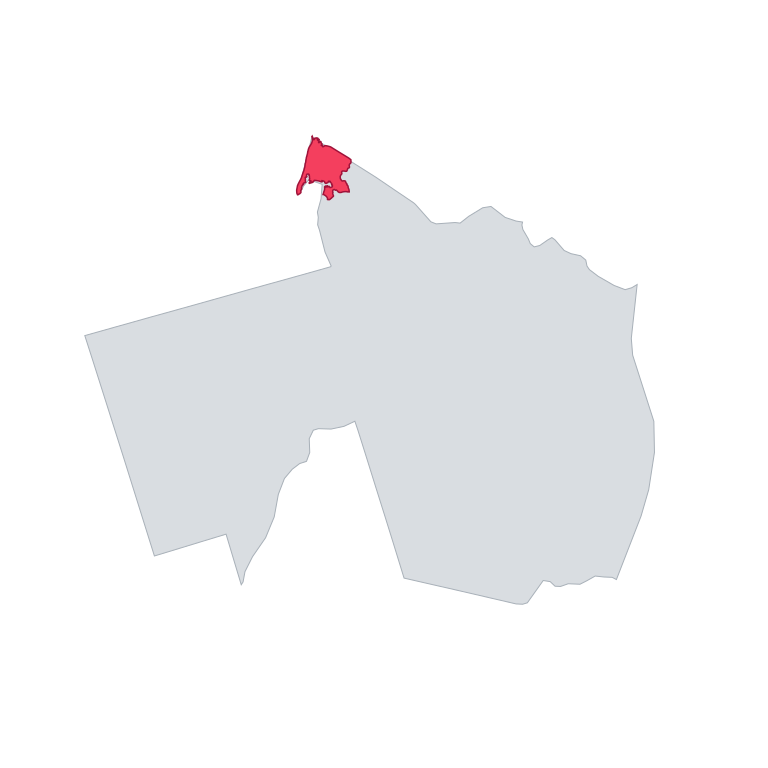 Puerto Barrios, Izabal, Guatemala (highlighted), rotated 252°
{"feature_id": "79465075B20471919033812", "entity_name": "Puerto Barrios", "entity_type": "district", "adm_level": 2, "iso_a3": "GTM", "parent_name": "Guatemala", "parent_adm1": "Izabal", "projection": "orthographic", "projection_center": [-88.506, 15.734], "detail": "fine", "context": "in_parent", "style": "filled", "palette": "rose", "viewbox_px": 768, "rotation_deg": 252, "n_neighbors": 0, "source": "geoboundaries", "source_scale": "gbopen_adm2", "svg_char_len": 7073}
<svg xmlns="http://www.w3.org/2000/svg" viewBox="0 0 768 768"><g transform="rotate(252 384 384)"><path d="M126.2,544.6L129.6,541.3L132.5,533.5L136.1,525.5L134.2,516.1L133.0,508.5L137.1,497.5L136.9,489.3L138.8,484.2L144.7,481.0L147.9,474.7L131.6,452.7L131.7,447.8L134.0,441.7L147.8,418.8L164.3,391.4L182.3,361.3L193.2,343.1L231.8,343.7L257.3,344.0L289.7,344.3L325.0,344.7L348.1,344.9L357.6,344.8L356.1,332.9L357.5,319.7L361.8,307.8L361.9,302.5L355.1,296.0L341.8,292.2L334.4,286.4L334.4,279.2L331.3,270.4L324.9,260.1L311.7,249.4L291.5,238.5L274.4,223.9L260.4,205.6L248.5,193.8L239.3,188.8L237.2,186.2L264.3,186.8L290.0,187.4L290.5,161.5L290.9,138.4L291.4,112.5L337.8,113.0L393.3,113.6L450.8,114.0L496.0,114.3L522.5,114.4L521.2,146.6L519.7,183.9L518.5,211.4L517.0,248.0L515.5,285.4L513.3,336.5L512.0,369.5L512.6,370.2L527.8,368.7L550.3,370.2L555.9,370.1L562.8,373.0L568.1,373.8L579.5,381.3L593.0,386.9L601.6,375.6L597.1,368.7L593.7,365.3L594.2,362.2L641.0,391.6L635.5,396.1L623.5,406.6L602.0,424.5L582.6,440.6L563.9,455.1L547.1,468.2L545.1,469.4L523.8,478.7L520.2,483.0L515.6,501.5L513.5,506.1L517.3,516.4L521.1,532.3L519.8,540.6L505.0,550.7L498.2,559.9L495.2,565.8L492.6,564.3L488.0,563.8L477.4,566.1L472.3,566.5L468.0,569.2L467.6,574.9L470.4,584.2L471.4,588.9L468.4,591.1L455.3,596.6L450.2,602.1L445.2,610.6L439.5,614.2L433.5,613.5L429.3,614.7L420.2,621.0L406.6,633.3L399.2,642.5L399.0,649.4L400.4,655.5L351.0,633.3L334.6,629.4L265.1,629.1L235.4,620.1L201.7,603.1L179.0,587.7L126.2,544.6Z" fill="#d9dde1" stroke="#a8b0b8" stroke-width="1"/><path d="M577.4,410.3L577.7,410.4L578.5,410.5L579.2,410.7L580.0,410.8L581.7,410.6L582.6,410.8L583.1,410.9L583.6,410.9L584.2,410.7L584.8,410.3L585.1,410.3L585.5,410.6L587.3,410.0L587.7,410.0L588.7,410.0L588.8,410.0L588.9,409.9L589.2,409.6L589.5,409.1L589.8,408.2L589.9,407.2L590.1,406.9L590.5,406.6L591.2,406.3L591.9,406.3L592.2,406.0L592.4,406.0L593.1,406.0L594.3,406.3L594.9,406.5L596.0,407.4L596.2,407.8L596.4,408.0L596.5,408.3L597.0,408.9L597.5,409.0L598.2,409.1L598.6,409.2L598.9,409.3L599.0,409.5L599.3,409.8L599.3,410.5L599.1,411.3L598.5,412.6L598.2,413.0L598.0,413.8L597.9,414.2L598.1,414.5L598.5,414.8L599.0,415.4L599.5,415.6L599.9,415.9L600.2,416.1L600.3,416.5L600.3,417.4L600.5,417.8L600.8,418.1L601.4,418.3L602.4,418.4L602.7,418.5L603.0,418.7L603.3,418.8L603.8,419.3L604.3,420.5L604.7,420.9L605.0,421.1L605.3,421.2L606.2,421.4L607.1,421.7L607.6,421.8L609.8,420.3L619.0,412.4L625.9,406.6L626.6,405.7L627.5,404.3L628.0,403.5L628.6,402.3L628.8,401.9L628.9,401.1L628.7,400.8L628.5,400.0L628.5,399.4L628.6,399.1L628.8,399.1L629.1,399.4L629.3,399.4L629.5,399.3L629.7,399.1L630.0,398.2L630.4,398.1L630.6,398.2L630.7,398.4L631.1,399.2L631.3,399.2L631.5,399.2L632.2,398.9L632.5,398.8L633.2,398.8L633.7,398.9L634.1,398.8L634.2,398.7L634.4,398.5L634.4,398.1L634.2,397.7L633.7,397.2L633.6,396.7L633.8,396.5L634.2,396.5L634.4,396.7L634.7,397.2L635.0,397.4L635.3,397.3L635.7,396.7L635.8,396.6L636.1,396.6L636.2,396.8L636.2,397.0L636.1,397.5L636.2,397.8L636.4,397.9L636.6,397.9L636.8,397.7L637.1,397.5L637.2,397.3L637.2,397.1L637.1,396.9L636.6,396.4L636.6,396.2L636.8,396.1L637.2,396.6L637.6,397.0L638.0,397.1L638.3,397.0L638.4,396.9L638.5,396.7L638.4,396.1L638.9,395.8L639.0,395.7L639.0,395.1L639.2,394.3L639.1,394.1L638.7,394.0L638.6,393.9L638.6,393.7L638.0,392.9L638.1,392.7L638.7,392.5L639.5,392.5L641.8,392.3L641.6,392.1L641.6,391.9L641.3,391.8L641.0,392.0L640.7,392.0L637.8,391.2L636.7,390.6L636.5,390.4L635.5,389.7L633.5,387.5L633.0,386.8L632.6,386.3L630.9,384.8L630.5,384.6L630.3,384.4L629.2,383.8L628.4,383.2L627.1,382.6L626.3,382.1L624.9,381.2L624.6,381.1L624.2,380.7L623.3,380.1L622.0,379.5L621.6,379.2L621.1,379.0L620.4,378.6L619.9,378.4L619.5,378.2L618.7,377.8L618.0,377.2L615.6,376.1L614.5,375.5L613.8,375.0L612.0,373.9L610.0,372.3L607.4,370.4L605.7,369.2L604.1,367.7L602.6,366.1L600.5,364.0L599.2,362.9L598.6,362.6L595.5,360.9L594.6,360.6L592.5,360.1L592.0,360.1L591.0,360.2L590.8,360.2L590.5,360.5L590.9,361.7L590.9,362.4L591.6,363.9L591.8,364.1L592.3,364.4L593.5,364.5L593.8,364.6L594.3,365.4L594.8,365.9L595.2,366.1L595.6,366.0L596.2,366.2L596.4,366.3L596.8,366.8L597.3,366.9L597.5,367.1L597.9,367.3L598.1,367.6L598.3,368.3L598.9,369.2L599.2,369.4L599.4,369.4L599.4,369.0L599.5,369.1L599.7,369.4L599.9,369.9L599.9,371.4L600.0,371.6L600.2,371.4L601.1,372.1L601.3,372.1L601.6,372.0L601.8,372.0L602.4,372.2L602.8,372.5L603.0,372.5L604.8,372.9L604.9,373.1L605.0,373.3L604.9,373.6L604.8,373.9L604.7,374.1L604.9,374.6L605.2,374.8L605.9,374.7L606.6,374.8L606.9,375.0L607.1,375.2L607.3,375.4L607.3,375.6L607.2,376.6L606.9,377.2L606.5,377.4L606.2,377.5L605.9,377.2L605.8,377.3L605.3,377.4L604.3,377.2L603.2,376.8L602.8,376.9L602.6,376.9L602.2,376.7L601.9,376.5L601.6,376.4L601.1,375.9L600.6,375.8L600.4,375.9L600.2,376.2L600.2,376.3L600.3,376.6L600.2,376.8L599.8,377.1L599.5,377.3L599.5,377.2L599.7,376.6L599.4,376.3L598.9,375.9L598.5,375.3L598.4,374.9L598.2,374.9L597.9,375.0L597.8,378.1L597.9,378.7L598.1,379.2L598.2,379.4L598.5,379.6L598.9,380.3L599.2,380.6L599.0,381.3L598.3,382.8L597.7,383.9L597.3,384.7L596.5,385.8L596.0,386.3L595.5,387.2L595.4,387.5L595.5,387.7L595.6,387.9L595.9,388.0L596.0,388.0L596.0,387.6L596.0,387.4L596.4,387.5L596.6,387.8L596.3,388.2L595.9,389.0L595.2,389.7L594.7,390.0L594.3,390.0L594.1,389.9L593.3,390.1L593.2,390.2L593.0,390.5L592.7,390.8L592.7,391.2L592.8,391.5L592.9,391.8L592.8,392.5L592.9,392.9L593.5,393.5L593.9,393.8L593.9,394.3L593.2,394.5L593.0,394.8L593.4,394.8L593.5,394.8L593.5,395.1L593.4,395.3L593.1,395.5L592.9,395.5L592.6,395.4L592.4,395.5L592.0,395.6L590.8,396.2L590.3,396.1L589.9,395.8L589.7,395.8L589.5,396.2L589.0,396.4L588.8,396.3L588.6,396.0L588.1,396.0L587.9,396.0L587.7,395.8L587.4,395.3L587.5,395.0L587.4,394.6L587.4,394.2L587.5,393.5L587.6,393.3L588.2,393.2L588.3,393.0L588.4,392.9L588.5,392.9L588.8,392.9L588.8,392.6L588.7,392.5L588.7,392.2L589.1,391.9L589.0,391.5L589.0,391.2L589.5,391.1L590.0,391.4L590.1,391.1L589.6,390.7L589.4,390.5L589.2,389.9L589.2,389.6L589.3,389.5L589.4,389.4L589.8,389.3L589.9,389.5L589.9,390.0L590.2,389.9L590.3,389.8L590.3,389.6L590.1,388.8L589.9,388.5L589.7,388.3L588.9,388.2L588.1,387.9L587.1,387.5L585.5,386.3L585.2,386.0L584.3,385.5L583.8,385.2L583.5,384.9L583.3,384.7L583.1,384.6L583.0,385.0L581.3,386.5L580.9,386.7L580.5,387.0L579.8,387.3L579.6,387.4L578.6,387.6L578.0,387.7L577.2,387.3L576.9,387.3L576.7,387.6L576.5,388.3L576.3,388.5L576.2,389.1L576.4,389.9L576.7,390.4L576.8,390.8L576.9,391.2L577.2,391.8L577.7,392.7L577.7,392.8L578.0,393.6L578.3,394.0L578.6,394.1L580.3,394.0L580.9,394.1L581.2,394.1L581.5,394.2L581.7,394.5L581.8,394.6L582.8,394.6L583.4,394.9L583.6,395.0L583.9,395.1L584.0,395.2L584.3,395.6L584.4,396.4L584.4,396.8L584.1,397.1L583.3,397.7L583.3,398.5L583.1,398.8L582.7,399.0L582.3,399.2L581.8,399.4L581.5,399.6L581.1,399.7L580.8,399.9L580.7,400.0L580.1,400.5L580.0,400.8L579.8,401.0L579.5,402.1L579.4,402.9L579.5,403.7L579.2,405.7L579.0,406.3L578.9,406.9L578.6,407.6L578.4,407.9L578.4,408.0L578.2,408.4L577.9,408.8L577.7,409.7L577.4,410.1L577.4,410.3Z" fill="#f43f5e" stroke="#9f1239" stroke-width="1.5"/></g></svg>